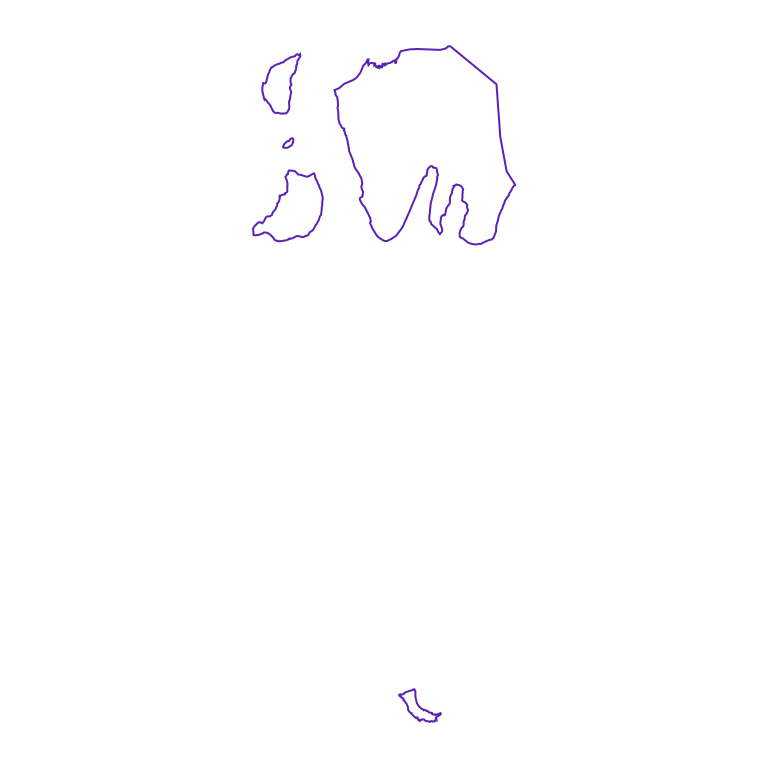 outline of Buton Selatan, Sulawesi Tenggara, Indonesia
{"feature_id": "22746128B94245100908076", "entity_name": "Buton Selatan", "entity_type": "district", "adm_level": 2, "iso_a3": "IDN", "parent_name": "Indonesia", "parent_adm1": "Sulawesi Tenggara", "projection": "equal_earth", "projection_center": [122.673, -5.852], "detail": "fine", "context": "isolated", "style": "outline", "palette": "violet", "viewbox_px": 768, "rotation_deg": 0, "n_neighbors": 0, "source": "geoboundaries", "source_scale": "gbopen_adm2", "svg_char_len": 5996}
<svg xmlns="http://www.w3.org/2000/svg" viewBox="0 0 768 768"><path d="M449.3,46.1L447.8,46.7L445.9,48.4L440.2,49.9L417.5,49.0L409.5,49.4L401.0,51.1L399.7,53.0L399.2,55.3L397.6,58.4L396.7,58.6L396.5,59.5L396.1,59.7L396.4,61.4L395.9,62.9L395.1,62.6L394.9,61.4L394.5,60.6L394.1,60.4L393.1,60.9L392.1,62.1L391.3,62.1L390.0,63.0L387.9,63.3L385.6,64.8L385.1,63.5L384.5,63.8L384.4,65.1L382.7,63.8L382.4,64.2L382.5,66.1L381.4,66.2L382.2,67.0L382.1,67.3L381.8,67.4L380.2,66.1L379.7,66.5L379.4,68.1L378.6,67.8L379.2,66.5L378.9,65.8L377.3,67.2L377.0,66.6L376.4,67.0L376.1,66.8L376.0,66.0L375.3,65.1L374.6,65.4L375.2,63.9L374.8,63.2L374.0,63.2L373.5,63.7L372.3,62.9L369.9,63.2L368.5,65.0L368.0,62.4L368.6,59.4L367.7,59.4L365.7,63.4L363.3,65.5L361.1,71.1L359.9,73.4L356.2,78.0L352.8,80.2L344.3,83.8L339.0,88.2L334.4,90.2L335.4,92.5L335.6,95.1L337.2,97.0L337.9,102.1L338.0,106.0L337.5,107.5L338.3,112.1L338.3,116.2L338.6,116.6L338.4,118.8L339.6,123.5L342.1,127.7L343.0,128.3L343.9,128.4L344.4,128.9L343.9,130.6L344.6,131.4L345.4,134.7L346.4,135.5L346.4,137.0L347.9,141.8L347.7,142.7L348.3,144.8L348.5,147.4L348.9,148.5L349.1,150.9L352.6,159.6L354.4,166.5L355.3,168.6L358.7,173.2L361.6,179.1L362.3,183.9L361.4,186.6L361.6,188.4L363.1,192.1L362.4,196.6L360.1,197.8L359.7,199.4L361.8,203.7L364.9,207.3L370.3,218.3L370.8,221.5L370.1,222.5L370.0,223.0L372.3,228.1L376.8,235.6L378.5,237.3L383.0,240.3L384.9,241.1L386.9,241.0L391.2,239.0L396.3,235.6L402.0,227.9L403.1,225.9L409.3,211.9L416.3,195.2L418.1,189.4L418.9,188.5L419.2,187.4L419.5,185.2L420.7,184.0L421.0,182.6L422.1,181.1L423.3,178.1L424.8,176.4L426.2,176.0L426.8,175.2L426.6,174.6L427.3,171.8L427.3,170.1L428.5,168.0L430.6,166.2L432.0,166.2L432.9,166.8L433.0,167.5L436.3,168.1L436.9,169.8L437.1,171.9L438.0,175.0L437.1,177.2L437.3,178.1L436.0,185.3L433.2,193.6L430.7,203.7L429.2,218.0L429.5,220.9L430.6,221.8L431.4,224.4L432.4,225.0L434.7,227.3L436.8,228.9L438.6,232.6L439.9,234.1L441.8,231.8L442.3,230.7L442.0,228.5L440.5,224.2L440.4,222.6L441.0,217.7L441.4,216.6L443.2,214.9L444.4,215.4L445.0,214.9L446.3,208.6L447.8,206.0L449.6,203.8L449.9,202.7L449.9,198.5L450.2,196.7L451.9,193.0L452.7,188.5L454.0,186.7L453.6,185.9L454.6,185.8L456.3,184.5L459.6,185.2L461.3,186.4L463.2,189.1L462.6,191.4L462.7,193.1L462.4,194.9L462.5,197.5L462.0,200.4L462.6,201.1L465.5,202.7L466.8,204.3L467.3,205.1L466.9,207.0L468.0,210.2L466.8,213.4L464.9,215.9L464.7,219.1L463.7,221.3L463.6,225.4L463.2,226.5L461.6,227.9L460.1,231.1L459.6,232.8L459.7,236.2L460.2,237.3L463.3,238.7L467.7,242.4L469.1,243.1L472.9,244.1L476.0,244.5L479.6,243.8L481.1,244.0L482.7,242.8L489.2,240.0L491.8,239.5L493.6,237.7L496.0,231.5L496.3,225.5L497.7,221.2L498.9,215.8L499.9,213.4L500.5,212.6L500.9,210.9L502.3,208.7L503.0,205.9L504.6,202.4L504.6,201.6L505.1,200.4L509.0,195.0L508.9,194.4L509.7,192.8L511.0,190.9L512.5,187.8L514.4,185.2L515.1,185.1L515.1,184.7L506.6,171.2L500.3,137.0L496.5,84.3L450.6,46.5L449.3,46.1ZM290.6,170.5L288.8,170.6L288.2,172.0L288.0,174.0L287.2,174.1L286.5,175.6L285.5,176.7L285.5,177.8L286.3,178.9L287.4,182.6L287.5,184.8L287.3,186.9L287.3,191.4L287.1,191.9L286.5,192.5L285.0,193.2L284.8,194.4L281.6,194.9L281.1,195.6L280.4,195.9L279.7,195.7L279.5,196.2L279.8,197.9L279.5,199.6L278.3,202.6L277.2,203.5L277.1,205.8L276.3,206.9L275.7,208.9L272.7,212.5L272.0,214.8L270.0,216.3L267.6,216.3L266.4,216.9L265.6,217.9L264.2,220.9L262.2,223.3L259.8,222.1L258.0,222.7L253.9,226.9L252.9,229.2L253.3,231.0L253.6,235.0L255.5,235.4L259.6,234.7L261.4,233.7L262.8,233.4L264.1,232.4L267.4,232.8L270.7,235.0L273.0,237.5L274.4,239.5L275.8,240.6L276.6,240.6L277.6,241.2L280.6,241.2L286.5,240.2L288.3,239.5L289.3,238.5L289.8,238.9L292.1,238.4L296.8,236.0L300.6,236.5L301.8,237.1L304.0,236.9L305.3,236.0L306.7,235.8L308.0,235.2L309.8,232.3L313.0,230.1L315.3,226.0L315.6,225.1L316.7,224.0L317.6,222.0L318.8,220.1L319.8,216.6L321.0,214.7L321.6,210.8L321.8,207.0L322.3,205.4L322.1,204.0L322.8,197.6L321.1,190.7L319.5,187.3L318.6,184.5L318.1,184.0L317.0,181.1L315.6,178.9L314.5,174.0L314.1,173.4L313.5,173.4L308.3,176.5L306.0,176.6L301.3,175.0L298.2,174.5L295.0,171.2L290.6,170.5ZM300.3,56.4L300.1,54.2L299.3,55.0L298.8,55.1L297.4,54.2L296.2,54.6L295.2,56.0L290.2,57.5L285.0,60.6L283.3,62.3L281.1,62.8L279.6,63.6L277.1,64.3L274.0,65.8L272.6,67.1L271.8,67.2L271.1,67.9L269.8,70.4L269.3,72.2L267.7,75.4L267.0,79.2L265.8,82.9L265.2,83.4L263.2,83.0L262.3,88.1L262.4,91.5L264.3,99.2L264.5,99.6L264.8,99.1L265.2,99.1L266.4,100.3L268.1,102.9L269.9,104.7L273.2,111.3L274.3,112.3L275.7,113.0L277.7,112.8L281.4,113.6L285.7,113.4L286.3,113.2L287.4,112.1L289.0,109.1L289.4,107.4L289.0,102.6L289.3,100.6L289.9,99.7L290.5,94.9L291.3,92.2L289.9,88.5L290.1,86.6L291.3,85.0L291.4,84.3L290.8,83.1L290.5,81.5L290.6,78.1L291.5,77.0L292.3,75.0L294.8,72.8L295.1,71.4L295.8,70.1L296.3,67.3L296.1,66.0L297.2,63.8L297.4,61.0L300.3,56.4ZM415.4,695.8L415.4,691.3L414.4,689.3L413.7,689.2L413.3,689.8L407.1,691.7L404.4,692.9L403.6,694.0L401.6,694.7L400.1,694.2L399.2,695.1L399.2,695.6L401.5,697.3L401.6,697.7L402.8,698.1L403.5,698.8L403.7,699.7L403.4,700.1L404.9,701.4L405.6,702.8L406.4,703.5L407.9,706.8L408.1,709.7L408.6,710.7L410.6,713.0L411.5,713.2L411.4,713.6L414.2,716.6L416.3,718.2L417.1,717.3L417.5,717.5L418.2,719.2L418.2,719.8L419.5,720.9L419.9,719.9L420.9,720.3L422.3,719.2L424.4,719.7L424.9,720.5L426.5,721.2L428.7,721.4L429.6,721.9L431.3,721.1L432.5,721.6L433.1,721.3L434.3,721.5L434.7,721.3L434.8,720.5L435.4,720.1L436.5,720.5L436.3,718.8L435.8,718.1L436.1,717.3L440.4,714.6L440.8,713.8L440.4,713.1L437.9,714.3L435.9,714.7L435.5,714.5L435.4,714.8L432.8,714.4L431.9,713.7L432.1,713.1L431.9,712.8L429.1,712.5L427.8,711.1L426.4,711.0L425.7,710.2L424.3,709.9L423.6,710.2L423.3,709.5L421.9,709.0L420.7,708.1L419.0,706.4L416.9,703.2L415.6,697.8L415.4,695.8ZM292.7,138.3L291.5,138.3L290.5,138.9L288.8,141.2L287.3,141.2L284.7,143.6L283.9,144.6L283.8,145.2L283.2,146.3L283.3,147.4L283.9,147.8L287.4,147.8L291.6,145.3L292.9,142.8L293.4,140.7L293.1,138.8L292.7,138.3Z" fill="none" stroke="#5b21b6" stroke-width="2"/></svg>